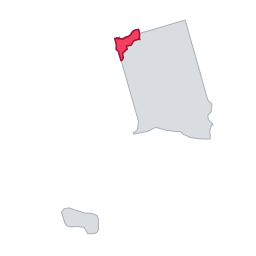 Ebebiyin, Kié-Ntem, Equatorial Guinea shown in context, rotated 254°
{"feature_id": "11065452B6027875666302", "entity_name": "Ebebiyin", "entity_type": "district", "adm_level": 2, "iso_a3": "GNQ", "parent_name": "Equatorial Guinea", "parent_adm1": "Kié-Ntem", "projection": "albers", "projection_center": [11.284, 1.979], "detail": "fine", "context": "in_parent", "style": "filled", "palette": "rose", "viewbox_px": 256, "rotation_deg": 254, "n_neighbors": 0, "source": "geoboundaries", "source_scale": "gbopen_adm2", "svg_char_len": 3407}
<svg xmlns="http://www.w3.org/2000/svg" viewBox="0 0 256 256"><g transform="rotate(254 128 128)"><path d="M215.6,140.1L215.7,154.5L215.8,166.6L215.8,179.8L215.9,193.6L216.0,205.2L216.0,212.7L203.3,212.7L186.4,212.6L169.5,212.6L152.5,212.5L144.0,212.4L134.7,212.4L131.6,212.8L129.6,214.7L127.1,215.1L124.2,213.5L120.7,212.7L119.8,211.0L118.0,208.0L114.5,207.7L112.8,208.0L110.3,209.7L107.4,210.6L108.0,209.2L102.4,205.5L98.4,205.1L94.7,203.9L97.7,194.2L101.5,185.5L107.1,179.0L110.1,177.4L111.0,174.2L115.5,163.6L121.0,154.9L119.3,146.2L120.6,131.5L122.2,131.9L122.4,133.3L122.9,135.3L124.9,137.2L131.7,140.0L152.1,140.0L164.2,140.0L182.2,140.0L201.2,140.1L215.6,140.1ZM54.6,40.9L56.1,41.1L65.4,40.9L67.9,44.2L67.6,49.0L58.0,63.1L56.3,69.1L52.5,74.1L49.3,74.5L38.3,71.6L36.5,69.8L35.8,67.3L36.9,61.7L37.7,60.0L43.0,58.9L44.7,58.0L47.5,51.9L48.5,46.4L50.9,42.2L54.6,40.9Z" fill="#d9dde1" stroke="#a8b0b8" stroke-width="1"/><path d="M209.9,163.7L210.4,163.7L211.0,163.6L215.3,165.1L216.9,165.2L218.6,165.2L218.5,165.4L220.0,165.3L220.0,165.2L220.0,164.9L220.0,164.7L220.0,164.4L220.0,164.1L220.0,163.9L220.0,163.7L220.1,163.4L220.1,163.2L220.2,162.8L220.2,162.7L220.1,162.4L220.1,162.0L220.2,161.8L220.2,161.4L220.2,161.1L220.1,160.8L220.1,160.6L219.9,160.5L219.9,160.4L219.9,160.2L220.0,159.9L219.8,159.6L219.7,159.5L219.6,159.4L219.4,159.2L219.2,159.0L219.2,158.9L219.1,158.7L219.0,158.4L218.7,158.0L218.6,157.8L218.5,157.6L218.3,157.4L218.1,157.2L217.8,157.1L217.7,157.1L217.4,157.1L217.2,157.0L217.2,156.9L217.2,156.7L217.1,156.4L216.9,156.2L216.8,155.9L216.8,155.7L216.7,155.5L216.6,155.3L216.5,155.2L216.4,154.9L216.4,154.6L216.3,154.4L216.2,154.2L216.1,153.9L215.9,153.6L215.7,153.4L215.5,153.2L215.6,152.9L215.5,152.6L215.9,152.4L216.0,152.3L215.9,152.2L216.0,151.8L216.1,151.5L216.1,151.2L216.0,150.9L216.0,150.7L216.0,150.4L215.8,150.4L215.8,150.2L215.6,149.9L215.3,149.5L215.2,149.4L215.1,149.2L215.3,148.8L215.3,148.6L215.2,148.5L215.1,148.4L215.3,148.3L215.3,148.1L215.3,147.9L215.1,147.7L215.3,147.5L215.4,147.3L215.4,147.1L215.5,147.0L215.3,146.8L215.3,146.6L215.5,146.4L215.6,146.2L215.8,145.9L215.9,145.6L215.9,145.4L215.8,145.2L216.0,144.9L216.1,144.6L216.3,144.2L216.5,144.0L216.4,143.8L216.4,143.7L216.5,143.7L216.6,143.8L216.8,143.9L216.7,143.7L216.6,143.4L216.8,143.3L217.0,143.4L216.9,143.1L217.0,143.0L217.2,142.9L217.0,142.6L217.3,142.6L217.5,142.5L217.6,142.4L217.5,142.2L217.8,142.1L217.8,141.9L217.7,141.9L217.5,141.7L217.4,141.5L217.3,141.3L217.3,141.2L217.5,141.1L217.5,140.9L217.4,140.8L217.4,140.7L217.5,140.4L217.6,140.2L217.7,139.9L211.7,139.8L207.8,138.6L206.8,138.2L204.5,139.8L194.8,139.8L194.8,140.4L194.8,140.9L195.2,141.3L196.4,142.6L197.1,142.8L197.3,143.1L200.8,143.1L200.9,143.3L201.0,143.3L201.2,143.5L201.3,143.6L201.5,143.7L201.7,143.8L201.8,144.0L201.9,144.3L201.8,144.5L202.0,144.7L202.0,144.8L202.1,145.0L202.2,145.3L202.3,145.5L202.4,145.8L202.5,145.8L202.7,146.1L202.9,146.3L203.1,146.5L203.2,146.8L203.7,148.2L203.9,148.2L203.9,148.3L203.9,148.5L204.0,148.8L204.0,149.0L207.4,149.1L206.9,151.2L206.8,153.9L210.3,157.7L210.3,157.9L210.3,158.1L210.3,158.3L210.4,158.5L210.3,158.8L210.3,159.0L210.4,159.3L210.4,159.5L210.4,159.9L210.4,160.1L210.4,160.3L210.3,160.5L210.2,160.7L210.2,161.0L210.3,161.3L210.4,161.5L210.5,161.8L210.5,162.2L210.4,162.6L210.2,162.8L210.1,163.1L210.0,163.4L209.9,163.7Z" fill="#f43f5e" stroke="#9f1239" stroke-width="1.5"/></g></svg>